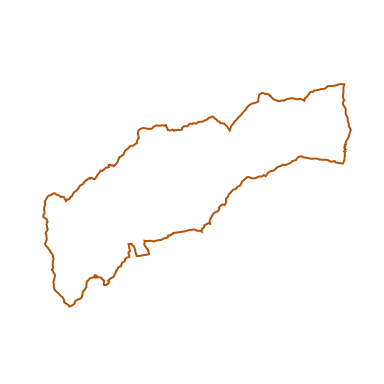 Dofteana, Bacau, Romania, rotated 193°
{"feature_id": "2599482B75140484228635", "entity_name": "Dofteana", "entity_type": "district", "adm_level": 2, "iso_a3": "ROU", "parent_name": "Romania", "parent_adm1": "Bacau", "projection": "mercator", "projection_center": [26.493, 46.301], "detail": "fine", "context": "isolated", "style": "outline", "palette": "amber", "viewbox_px": 384, "rotation_deg": 193, "n_neighbors": 0, "source": "geoboundaries", "source_scale": "gbopen_adm2", "svg_char_len": 5988}
<svg xmlns="http://www.w3.org/2000/svg" viewBox="0 0 384 384"><g transform="rotate(193 192 192)"><path d="M249.3,243.6L254.0,243.4L255.4,242.7L257.5,240.7L257.8,239.8L258.2,238.0L257.8,236.6L255.9,232.9L256.4,232.3L257.0,229.2L256.8,228.2L256.8,227.1L257.8,226.5L258.1,225.8L259.9,223.8L261.6,223.3L263.2,222.0L263.3,221.3L263.8,220.7L263.9,220.1L264.7,219.6L265.3,218.4L266.5,217.3L266.7,215.5L267.2,214.6L267.2,213.4L267.5,212.5L267.9,212.3L269.2,210.6L270.6,209.7L270.5,208.3L271.0,207.4L271.2,204.8L273.5,199.8L274.2,199.9L274.4,199.6L275.0,200.1L275.9,200.1L276.3,199.7L278.2,200.0L279.3,199.5L278.6,197.7L281.5,196.2L284.2,192.3L285.6,192.4L288.3,186.6L288.5,185.1L289.5,182.9L290.0,182.6L291.1,182.5L292.9,183.2L293.7,182.5L293.8,182.9L295.1,182.5L296.1,181.8L297.7,179.4L298.5,178.9L299.4,177.1L299.7,175.7L300.7,174.6L302.4,173.3L303.6,169.9L305.1,167.1L306.8,165.4L307.2,164.1L307.7,163.2L307.7,161.6L309.2,159.7L309.7,158.0L310.3,157.2L312.0,156.7L312.0,156.0L312.9,154.8L315.6,158.2L318.0,158.0L318.8,157.6L319.2,158.2L321.4,158.8L322.9,158.8L325.7,159.9L327.6,158.7L328.4,157.5L330.6,156.3L331.5,155.3L333.3,149.8L332.4,147.9L332.2,146.3L332.6,142.9L332.1,142.1L332.2,141.4L330.8,138.4L330.9,137.7L331.4,136.8L331.5,134.6L330.4,133.7L328.1,133.1L327.0,132.2L326.7,131.2L326.1,130.9L326.2,129.6L326.5,129.1L326.5,127.7L325.9,126.8L325.1,124.4L324.3,123.5L324.3,122.1L325.1,120.3L325.3,119.5L325.2,118.4L324.3,117.3L324.0,116.6L323.8,115.5L322.9,113.6L323.5,108.2L322.2,106.6L320.4,105.7L318.1,103.5L317.5,103.2L316.3,101.7L313.9,99.8L313.1,98.6L312.8,97.4L311.9,95.8L311.9,93.5L311.4,89.6L310.3,87.0L310.3,86.2L311.1,84.7L309.5,83.5L309.1,82.6L308.1,81.8L306.7,79.9L306.6,75.5L306.8,73.5L306.2,71.5L305.5,70.4L305.6,69.0L305.2,68.1L304.2,66.4L302.4,64.8L299.3,63.2L297.1,61.5L294.9,60.6L292.4,58.0L292.1,57.3L291.9,56.3L291.5,55.6L287.1,54.1L286.3,53.5L285.7,52.7L282.8,55.1L281.8,56.2L281.4,57.0L281.4,59.0L279.3,61.4L276.3,63.4L275.7,65.4L275.9,70.2L274.8,72.0L274.4,73.6L273.6,75.3L274.4,81.3L273.3,82.3L272.2,84.9L269.2,86.4L267.6,89.3L266.5,89.0L265.7,88.5L266.0,87.8L267.2,87.4L267.2,86.8L266.9,86.7L264.8,87.7L262.6,88.1L261.0,88.0L259.8,86.7L259.1,86.4L258.6,86.5L258.4,86.0L257.8,85.8L257.1,81.9L256.7,81.7L255.9,81.6L254.6,82.0L254.6,82.5L254.3,82.9L252.8,84.1L252.4,85.6L253.9,86.7L251.3,90.1L249.9,91.2L249.0,92.8L248.9,94.2L248.2,96.1L248.3,97.7L247.5,98.7L247.5,99.4L247.1,100.7L247.0,101.8L245.3,103.3L244.4,103.6L244.3,103.8L244.4,104.0L244.6,105.5L244.3,106.1L244.4,107.0L242.0,109.6L242.1,111.7L241.9,112.2L241.6,112.3L240.4,113.6L238.9,114.2L238.7,114.6L238.7,115.9L239.7,117.1L240.3,118.9L239.2,120.2L239.2,120.8L240.6,123.4L240.9,124.6L242.1,126.9L239.2,128.0L237.9,126.4L236.6,126.3L234.1,122.2L233.7,120.9L231.6,117.2L230.7,117.6L230.3,117.3L222.0,120.8L219.9,121.8L219.9,122.0L221.5,125.3L221.7,125.1L222.0,125.7L226.7,129.9L226.9,132.8L227.3,133.8L225.3,134.0L221.2,135.2L218.1,135.2L216.2,136.4L211.2,138.5L208.1,141.0L206.3,141.5L205.9,142.5L205.7,142.5L205.7,143.1L205.1,143.3L205.3,144.4L203.5,144.8L203.6,145.1L202.9,145.7L202.3,146.0L201.6,147.0L200.9,147.2L201.0,147.8L190.0,152.1L186.4,154.2L181.5,156.0L179.6,155.8L179.3,155.5L176.9,155.5L176.5,155.8L174.8,156.1L173.8,155.6L174.0,156.1L173.8,158.5L172.5,159.9L172.4,162.6L170.4,163.9L169.7,164.9L169.0,165.2L167.2,165.1L168.2,167.4L168.3,168.7L167.2,173.3L165.8,176.7L163.0,178.7L161.7,180.7L161.6,181.9L162.1,182.6L162.1,183.4L160.7,185.6L159.5,186.7L157.2,186.6L157.2,187.3L156.7,188.4L156.5,189.8L157.3,193.2L157.1,193.7L156.0,195.2L155.8,197.3L155.1,198.9L154.1,200.2L153.4,202.0L152.5,203.3L150.0,205.0L149.6,205.6L149.4,206.7L146.6,209.2L145.6,213.1L141.7,218.9L139.9,219.4L136.9,218.8L135.3,219.0L132.5,220.2L131.9,221.1L130.5,222.0L127.4,222.8L125.8,224.6L123.8,224.0L122.1,228.2L120.2,229.8L116.8,231.6L114.7,235.2L111.2,237.5L109.6,239.0L107.9,239.0L105.4,240.3L102.4,242.8L101.2,244.7L98.3,246.2L97.7,247.0L97.0,249.0L96.5,249.7L95.4,250.5L93.4,251.4L92.2,251.3L91.1,250.7L89.1,251.1L83.3,251.2L78.4,252.6L75.4,252.3L70.4,253.0L68.6,253.6L66.2,253.5L64.8,252.9L63.4,252.8L59.9,254.3L59.1,253.2L58.2,253.1L52.1,253.6L51.2,253.9L50.7,257.4L51.2,260.7L51.1,261.6L51.9,263.7L52.1,265.1L51.7,265.8L52.9,266.0L52.6,266.6L52.7,267.6L52.0,268.2L53.7,269.6L53.0,270.8L53.7,272.4L52.8,272.9L53.4,274.2L53.4,275.1L52.8,277.3L52.9,277.6L52.4,278.4L51.7,281.1L51.4,288.7L53.7,291.0L54.6,293.6L56.4,296.8L56.9,299.2L59.6,302.2L60.3,304.4L60.8,307.2L62.1,309.0L64.0,310.6L64.7,311.5L65.0,313.4L64.7,314.7L64.3,315.6L65.5,317.0L66.5,319.3L66.7,320.8L66.7,322.4L67.9,327.5L67.9,331.3L71.9,330.4L73.0,330.0L75.4,328.4L77.7,327.4L83.6,325.7L84.5,324.1L85.7,322.8L87.4,321.8L89.3,321.4L91.2,320.2L96.1,318.1L96.7,316.7L98.3,316.6L99.3,315.9L101.3,310.9L103.3,308.4L103.0,306.8L103.1,306.2L107.0,307.2L109.8,306.1L110.9,305.9L115.4,306.0L119.9,304.1L121.8,302.9L123.0,301.6L125.5,301.3L127.5,300.0L132.0,300.4L134.2,301.1L135.8,302.1L136.7,303.1L137.4,303.4L137.8,303.2L138.6,303.8L138.8,304.3L140.4,304.4L142.6,304.0L145.1,304.5L146.2,304.3L147.2,302.9L148.2,302.3L148.4,298.8L148.0,294.9L148.1,294.5L154.1,291.2L156.2,288.9L157.5,286.7L157.8,285.0L159.1,283.1L162.2,277.0L163.5,275.2L163.9,274.2L166.5,269.7L167.4,267.5L168.0,266.5L168.6,265.2L169.1,260.5L172.7,263.8L175.7,265.7L177.9,265.9L179.1,265.5L180.2,265.7L180.6,266.3L181.4,266.8L182.6,266.6L183.3,267.0L184.3,268.1L186.8,268.9L188.4,270.0L189.1,270.1L191.3,268.5L192.5,267.9L193.5,266.1L195.7,264.6L197.0,263.2L201.6,261.7L201.9,261.4L202.6,260.1L203.0,259.8L205.9,259.3L207.1,258.3L208.8,258.3L209.8,257.7L211.3,254.9L213.4,254.7L215.0,253.8L215.7,253.1L216.1,252.0L215.8,251.1L215.9,250.5L218.1,249.4L220.2,249.4L221.5,248.5L222.7,248.5L223.0,247.8L223.5,247.6L225.1,248.4L226.0,247.5L228.1,246.9L229.5,247.0L230.5,248.8L231.6,249.7L232.5,251.3L232.8,251.2L233.6,250.2L234.7,250.5L237.2,249.9L239.5,249.0L241.7,248.9L243.7,247.2L244.9,245.6L245.1,245.0L245.9,244.4L249.3,243.6Z" fill="none" stroke="#b45309" stroke-width="2"/></g></svg>